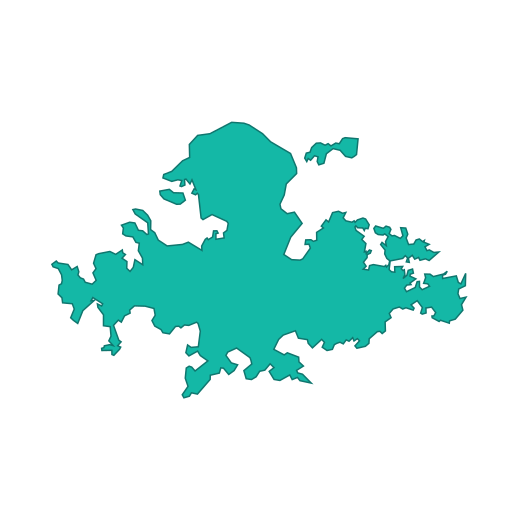 Geoje-si, South Gyeongsang, South Korea (Albers equal-area conic projection), rotated 78°
{"feature_id": "91817680B58127051569150", "entity_name": "Geoje-si", "entity_type": "district", "adm_level": 2, "iso_a3": "KOR", "parent_name": "South Korea", "parent_adm1": "South Gyeongsang", "projection": "albers", "projection_center": [128.639, 34.872], "detail": "fine", "context": "isolated", "style": "filled", "palette": "teal", "viewbox_px": 512, "rotation_deg": 78, "n_neighbors": 0, "source": "geoboundaries", "source_scale": "gbopen_adm2", "svg_char_len": 6122}
<svg xmlns="http://www.w3.org/2000/svg" viewBox="0 0 512 512"><g transform="rotate(78 256 256)"><path d="M328.6,57.4L316.6,54.5L325.9,61.4L323.9,63.6L317.1,64.2L316.8,78.1L313.6,77.6L313.3,74.5L310.7,72.1L312.6,76.2L313.0,86.8L309.9,89.6L308.8,94.7L312.5,94.6L317.6,97.7L318.9,93.8L321.7,92.5L323.5,100.5L320.3,102.5L314.8,101.4L314.6,103.7L319.9,106.8L322.2,116.2L318.3,117.5L315.8,114.6L316.2,110.3L314.5,111.0L311.6,104.4L307.7,109.6L305.9,108.9L305.5,105.6L301.3,105.6L301.7,110.1L306.2,112.4L308.6,116.8L305.4,114.3L300.3,113.8L300.7,115.3L298.7,116.6L296.7,114.7L295.3,122.6L300.7,123.6L299.6,126.8L297.0,128.6L288.7,125.8L288.9,113.0L286.7,109.9L289.4,108.1L293.0,110.2L294.1,107.4L289.9,107.4L287.8,103.0L292.1,101.4L291.2,97.3L294.3,96.5L294.0,90.8L296.4,87.6L290.1,76.3L289.5,81.3L286.1,85.2L286.3,87.7L282.1,88.8L280.6,84.2L277.4,88.9L275.8,88.1L276.6,90.0L273.3,92.7L273.6,96.1L277.1,99.2L276.5,104.4L269.6,105.4L266.2,103.0L259.8,103.7L258.4,108.6L266.8,108.1L268.8,111.2L264.7,116.3L264.6,118.8L261.8,121.1L258.0,118.5L255.7,119.3L253.8,122.6L255.4,125.7L251.5,132.7L253.5,135.0L258.1,134.4L260.4,132.1L261.9,127.3L261.1,125.5L264.5,122.7L268.8,126.3L273.0,126.4L268.9,129.9L270.7,131.7L277.1,128.5L280.7,129.7L285.6,128.5L288.4,126.2L292.2,127.9L293.9,130.7L292.1,131.0L293.0,132.7L288.8,143.0L289.0,146.9L293.1,148.8L291.2,153.9L288.9,150.4L284.4,152.2L280.7,147.7L277.8,147.0L277.0,143.6L274.7,142.1L273.7,143.8L276.3,147.6L274.2,147.4L274.5,149.1L266.7,145.9L261.8,149.1L259.2,146.1L251.8,152.8L248.2,153.2L247.2,152.1L249.5,150.7L250.8,145.7L253.6,144.8L251.6,143.4L252.6,140.8L249.0,138.8L242.6,141.1L241.1,143.5L241.8,149.3L243.7,152.1L242.0,152.7L242.9,155.1L240.3,160.8L236.8,162.8L232.1,159.1L232.2,162.4L229.4,166.0L229.5,172.1L237.8,177.9L235.2,180.0L240.4,185.9L242.6,184.2L245.5,191.8L253.2,193.3L253.6,196.8L251.5,198.9L250.6,204.0L254.9,205.6L255.5,201.7L259.6,201.2L268.5,210.8L269.2,213.7L267.0,221.9L260.3,228.5L244.8,218.1L233.7,204.1L221.1,209.3L221.1,216.7L215.0,221.8L210.3,221.8L202.2,215.7L191.8,211.4L183.8,199.1L178.1,198.1L162.9,200.9L147.3,218.0L137.8,224.1L126.4,235.5L123.6,240.2L120.2,252.0L126.8,275.7L125.9,288.0L133.0,298.0L145.8,300.4L147.6,308.0L155.7,320.8L157.1,329.3L160.3,330.8L165.5,322.9L165.2,316.6L166.7,312.9L171.7,315.8L172.6,314.4L171.8,310.8L166.3,310.0L166.2,308.5L171.8,305.6L168.2,302.8L178.7,301.0L177.5,302.6L181.2,305.7L183.6,302.4L182.4,300.4L184.0,299.5L207.4,301.8L209.4,300.3L206.3,290.4L216.0,277.4L218.3,276.4L224.9,279.1L226.7,283.0L231.7,283.4L231.3,291.7L225.9,290.6L225.7,288.3L223.2,289.0L222.6,292.3L228.4,294.5L230.1,299.3L228.2,300.1L229.2,302.2L235.0,307.1L239.3,307.7L228.4,319.3L229.4,325.5L227.7,340.8L220.1,348.3L212.1,350.2L208.3,353.6L199.7,351.6L193.6,353.5L187.9,357.3L185.0,364.0L185.0,366.8L189.8,365.4L201.0,355.0L212.1,356.6L212.3,358.3L207.8,361.6L206.4,365.7L198.5,367.6L196.7,372.5L197.9,381.2L201.0,379.9L206.6,381.8L209.3,379.1L211.7,372.5L217.7,370.6L219.2,367.5L226.4,370.0L234.4,367.5L241.0,368.6L234.4,375.2L241.6,378.4L244.9,382.4L241.2,385.0L234.6,383.4L230.3,387.5L227.4,383.4L225.1,385.7L222.3,385.5L225.2,392.9L221.2,398.0L221.0,409.4L221.5,412.2L229.3,416.4L235.1,415.1L238.6,419.0L246.6,417.4L249.5,422.1L246.2,428.5L242.7,429.5L240.8,432.4L237.5,434.1L234.6,432.6L229.1,433.1L231.2,439.2L225.2,441.7L221.7,451.0L219.4,452.4L221.7,457.4L224.4,456.7L227.2,452.0L234.0,450.1L239.6,450.6L242.7,452.0L243.5,454.7L252.0,457.5L256.5,454.5L261.6,454.9L264.5,445.6L270.1,444.8L277.9,450.1L280.8,448.1L284.9,444.4L273.4,436.7L265.8,423.4L265.5,426.7L262.7,424.2L270.9,415.9L272.8,417.4L269.9,421.1L273.4,421.3L281.8,417.4L292.5,419.7L294.8,413.3L304.3,414.5L308.4,417.6L314.0,414.3L312.3,417.6L312.3,423.0L314.0,423.8L314.2,426.2L316.4,426.4L318.3,416.6L322.4,417.4L323.6,415.7L318.9,408.9L317.0,407.3L315.0,410.0L311.9,405.8L309.8,407.7L294.2,409.8L290.1,404.0L292.7,401.5L287.2,397.0L285.7,391.0L282.6,390.8L279.5,385.2L282.0,374.9L286.1,366.7L293.0,366.9L297.5,371.2L303.5,369.6L308.2,364.2L311.7,363.0L314.2,356.8L308.2,349.4L308.6,346.1L310.7,344.4L308.6,340.3L309.9,336.2L308.4,327.9L309.9,326.7L317.9,326.1L332.8,331.3L331.9,338.5L328.8,341.4L336.0,344.7L339.8,342.4L336.9,332.9L341.8,331.2L348.6,324.9L355.8,339.5L351.3,342.0L349.9,344.3L351.1,347.5L360.8,350.6L369.4,349.6L376.4,357.0L379.7,356.0L379.3,350.3L376.4,347.6L378.9,342.0L367.2,326.5L363.1,325.5L362.9,316.2L358.1,313.7L359.0,311.1L366.2,307.3L363.5,301.2L358.6,296.6L355.4,302.4L347.0,306.1L344.1,303.6L342.0,294.1L354.2,283.0L357.3,282.6L360.8,282.6L365.6,291.7L374.0,291.1L375.9,286.1L374.2,281.0L369.5,276.4L369.5,271.1L364.4,264.6L368.9,261.6L371.6,267.1L380.5,264.0L382.7,258.5L379.4,247.7L384.4,246.3L383.4,240.7L387.1,238.9L391.8,228.4L381.3,235.1L379.0,239.5L376.3,240.1L373.5,232.5L368.5,236.0L363.8,235.3L357.2,245.5L358.6,249.0L351.0,258.0L342.3,251.2L339.0,245.8L337.3,233.0L345.2,231.6L348.5,223.1L352.2,223.1L357.6,219.9L351.2,209.1L354.7,207.0L359.0,210.2L363.2,206.2L363.2,200.7L359.0,197.8L358.2,195.1L357.8,191.8L360.1,188.9L356.8,185.2L358.7,182.7L356.0,178.4L359.5,177.8L357.9,174.0L360.5,172.4L364.5,177.9L367.2,176.5L367.1,167.8L364.9,163.7L360.5,162.5L355.2,153.0L355.5,150.4L358.1,148.7L356.2,145.0L347.3,143.4L344.4,136.7L339.9,137.6L336.3,132.9L335.7,126.4L338.4,123.5L337.8,120.1L341.6,113.5L339.9,112.2L336.0,114.5L333.2,107.6L341.0,104.0L346.1,106.8L347.4,105.5L347.1,101.5L342.2,100.6L342.5,94.9L348.7,92.0L351.5,94.4L351.3,96.4L353.0,96.5L358.1,90.5L357.2,88.9L361.9,80.9L359.7,80.2L359.2,74.2L352.0,64.9L346.3,65.1L339.9,59.1L340.0,65.3L334.9,66.3L330.4,64.6L328.6,57.4ZM179.4,170.3L170.6,165.9L167.0,158.3L170.1,151.7L177.2,147.7L179.9,141.9L179.0,139.3L177.7,136.6L162.6,131.8L158.8,144.2L159.2,146.9L163.5,151.2L162.1,154.5L163.9,159.8L161.1,162.1L162.0,165.4L158.8,169.4L158.2,173.6L161.5,179.0L165.7,181.6L165.8,185.4L170.4,188.0L174.2,186.7L171.5,184.7L173.7,182.7L170.1,177.9L171.9,174.7L176.3,176.5L179.9,175.6L179.4,170.3ZM181.0,334.2L188.9,322.9L189.5,319.3L186.7,313.5L179.2,314.4L177.0,323.5L172.8,326.9L172.5,336.6L176.1,336.9L181.0,334.2Z" fill="#14b8a6" stroke="#0f766e" stroke-width="1.5"/></g></svg>